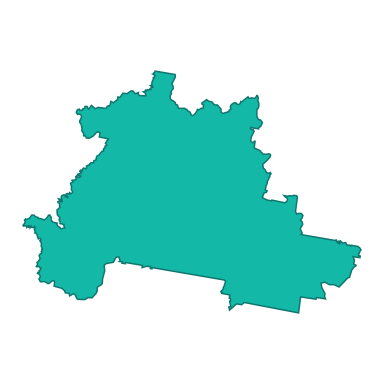 Wollondilly, New South Wales, Australia (Robinson projection)
{"feature_id": "25037944B50548000085953", "entity_name": "Wollondilly", "entity_type": "district", "adm_level": 2, "iso_a3": "AUS", "parent_name": "Australia", "parent_adm1": "New South Wales", "projection": "robinson", "projection_center": [150.422, -34.07], "detail": "fine", "context": "isolated", "style": "filled", "palette": "teal", "viewbox_px": 384, "rotation_deg": 0, "n_neighbors": 0, "source": "geoboundaries", "source_scale": "gbopen_adm2", "svg_char_len": 5863}
<svg xmlns="http://www.w3.org/2000/svg" viewBox="0 0 384 384"><path d="M87.3,106.6L85.0,106.4L84.8,108.2L82.6,109.0L82.4,109.9L81.0,110.5L79.6,110.1L79.4,109.2L77.6,109.6L76.2,112.3L77.5,114.3L79.7,114.2L81.2,115.0L81.5,117.2L79.7,121.1L79.7,122.4L81.1,124.2L82.0,128.5L81.8,130.9L83.5,133.1L83.6,135.8L85.4,136.0L86.5,138.1L89.2,138.2L93.3,136.0L96.6,132.3L98.4,131.9L100.0,132.8L99.3,137.0L108.4,138.9L105.4,143.2L106.9,145.0L105.0,146.2L105.0,147.7L103.5,148.9L103.6,151.0L101.8,151.4L99.1,154.9L97.1,155.9L96.2,157.8L96.3,159.6L93.8,160.8L93.5,162.8L90.9,162.8L89.7,163.9L89.2,165.3L88.2,165.1L86.5,166.0L86.5,168.0L85.9,168.8L83.6,168.0L82.5,169.3L82.1,170.9L81.3,170.0L80.4,170.3L79.8,171.3L81.2,172.1L81.3,172.9L77.9,174.1L77.5,174.9L78.6,175.6L80.5,175.5L80.8,176.6L77.9,177.6L76.6,175.9L75.8,176.6L76.0,179.0L75.3,179.9L72.1,180.3L72.9,181.0L72.8,182.1L71.3,182.6L70.5,183.6L71.5,186.4L71.4,189.8L72.4,191.3L72.4,192.8L71.1,193.7L69.5,192.6L69.1,194.2L67.2,193.5L66.3,193.8L65.7,195.3L67.9,196.9L67.6,197.7L65.2,196.4L64.0,194.7L61.6,195.8L61.2,197.0L62.2,200.8L61.9,202.1L60.8,201.4L60.6,199.2L58.6,198.9L60.1,200.9L57.8,201.7L58.1,202.6L59.6,203.5L59.5,206.0L60.1,207.1L57.0,210.0L57.2,213.9L57.5,215.1L60.0,217.8L59.0,219.7L60.2,222.2L60.0,223.6L64.0,224.4L63.8,225.6L64.7,227.9L60.8,228.8L59.9,227.3L58.1,226.6L56.9,224.6L57.2,223.1L52.9,222.2L51.0,219.8L51.2,217.3L49.7,215.0L48.5,215.2L47.0,217.7L44.3,220.0L41.2,218.7L38.2,218.2L38.0,217.5L35.3,216.6L34.1,215.1L31.7,215.1L29.5,218.2L26.6,219.4L25.6,218.9L24.5,220.1L25.2,221.5L24.7,223.3L23.3,224.8L23.0,225.7L23.9,226.2L24.4,225.6L26.1,225.8L26.8,227.5L27.4,226.8L28.4,227.1L28.0,226.0L28.6,225.5L29.2,225.9L29.1,226.8L29.7,226.6L30.0,227.9L31.1,226.1L31.6,227.3L33.3,227.6L34.2,226.6L34.3,227.2L35.0,227.2L34.6,227.7L35.1,228.5L34.3,229.4L35.2,231.7L34.8,232.9L36.6,233.7L38.3,238.9L40.5,238.4L40.9,240.1L39.9,240.7L41.4,243.2L41.2,246.2L42.4,248.8L41.7,249.1L42.0,250.9L41.3,251.2L41.6,253.6L40.3,253.8L39.1,255.6L40.1,258.6L38.4,261.4L37.0,262.4L37.6,264.5L36.3,266.3L36.8,266.8L38.8,266.4L39.9,267.8L40.9,267.9L40.2,270.0L39.2,270.6L39.4,272.1L38.0,272.3L37.5,273.5L39.3,274.2L40.0,275.4L40.2,277.1L38.9,279.0L40.4,281.8L44.7,281.6L47.8,283.5L49.0,283.5L52.0,280.9L53.8,280.8L54.6,281.8L54.1,286.2L61.7,288.3L64.6,290.7L65.3,292.9L68.8,293.2L69.8,295.9L72.9,293.9L74.1,294.0L75.3,294.9L76.8,298.6L78.0,299.3L84.7,299.6L88.2,297.5L91.9,297.9L96.1,293.4L97.1,291.2L97.3,287.6L97.9,286.7L101.5,284.6L102.3,283.3L102.6,278.7L104.7,271.0L104.2,265.2L106.3,263.5L113.4,262.3L115.9,257.7L117.9,256.6L119.2,257.3L119.2,258.3L119.7,258.7L120.0,261.1L119.4,261.5L122.5,261.9L122.0,263.2L125.4,263.7L125.6,262.5L142.5,265.4L142.1,267.6L146.2,266.4L150.5,266.5L150.2,268.5L152.0,268.8L152.2,267.6L224.2,280.0L225.4,281.0L225.0,283.7L224.4,284.5L224.5,285.7L223.3,287.3L223.4,288.6L220.9,291.5L221.2,292.3L222.4,292.4L221.8,293.5L229.8,294.9L229.3,298.2L230.3,298.4L230.6,301.0L229.6,301.2L230.8,306.6L228.8,307.0L229.5,310.1L236.6,303.9L241.6,304.7L244.3,302.5L298.6,312.9L300.6,296.9L316.0,299.2L316.4,297.5L325.5,298.9L324.5,296.3L325.0,293.8L321.7,287.3L321.1,283.1L325.0,282.2L329.4,284.7L333.8,284.6L339.1,287.0L347.9,277.8L349.5,277.4L351.7,270.2L353.9,267.1L355.9,265.9L356.0,265.2L353.6,264.0L354.5,260.4L353.1,256.6L360.0,257.7L360.2,256.0L358.7,255.7L358.5,255.1L359.6,251.9L361.0,249.9L359.6,247.7L357.7,246.4L351.4,245.3L351.1,246.0L349.2,245.0L347.2,245.2L345.6,242.6L342.8,243.1L340.2,240.8L339.4,241.3L340.0,243.4L339.6,243.9L337.5,242.6L338.8,241.3L336.4,241.3L336.2,240.0L334.9,240.4L301.1,234.6L302.2,233.2L300.2,228.8L302.7,224.4L302.2,221.8L300.3,220.0L301.8,218.6L302.9,215.6L301.4,213.5L299.2,213.3L296.6,214.0L295.5,211.5L297.4,197.1L296.5,195.7L293.4,195.3L292.2,196.0L289.2,195.7L287.4,196.2L284.0,195.6L285.9,197.6L287.2,198.0L287.5,198.9L287.1,201.1L285.1,202.8L271.8,200.1L271.4,200.9L266.7,199.9L262.3,197.6L264.1,192.9L266.3,192.4L267.2,190.9L265.2,189.9L266.0,186.9L265.7,185.8L266.7,184.8L267.3,182.7L266.9,182.4L268.8,178.8L268.8,177.6L269.8,176.8L270.0,174.9L271.0,173.8L270.4,172.5L269.2,173.2L266.7,172.8L264.9,169.5L263.4,168.2L262.7,164.4L266.9,160.6L270.2,156.8L270.6,155.4L270.1,154.2L268.7,153.8L266.2,154.3L263.0,154.0L259.7,150.4L254.6,148.2L254.3,146.9L255.1,141.3L254.3,141.2L253.6,142.4L252.6,142.6L251.2,141.7L250.7,140.5L251.3,136.9L254.1,131.4L253.2,129.6L252.5,130.0L250.5,128.8L250.8,127.5L258.6,128.9L258.6,127.9L260.8,126.3L262.4,122.6L260.6,120.0L258.4,119.5L256.9,116.5L256.9,109.5L258.3,108.0L258.9,105.7L258.7,102.6L257.7,100.3L258.4,98.2L257.5,95.7L256.8,95.5L255.5,97.8L253.7,98.4L251.4,97.8L250.4,98.4L248.7,98.2L248.0,96.8L241.7,101.9L240.8,101.5L240.1,103.7L238.5,104.6L236.8,104.1L236.4,103.1L234.2,102.7L231.9,104.2L230.7,105.6L230.3,107.1L231.0,109.0L229.1,110.4L228.9,111.6L222.8,113.4L221.1,112.4L221.0,109.0L217.3,104.9L214.7,105.0L211.8,101.9L208.6,101.2L206.7,99.6L201.9,103.1L201.9,104.0L203.6,105.0L203.0,108.4L201.3,108.2L199.2,109.7L197.3,109.4L197.1,110.7L194.6,114.4L192.6,115.7L191.4,115.2L190.1,112.2L187.3,110.5L186.9,109.4L185.3,109.1L184.8,108.3L179.6,108.4L178.1,107.8L177.6,105.1L175.8,104.5L175.2,102.4L172.8,100.5L171.5,100.3L170.4,98.7L170.3,95.6L171.5,93.6L170.9,91.7L173.3,88.5L172.9,85.8L171.9,83.8L175.4,76.9L175.1,74.5L155.1,71.1L154.5,72.6L153.7,73.0L153.7,73.8L152.8,74.1L155.1,75.3L154.4,76.1L154.3,77.6L153.2,77.8L153.5,78.8L152.0,81.9L151.8,84.9L150.6,85.5L152.5,86.1L152.9,87.3L151.1,87.1L150.9,89.5L149.7,89.0L148.6,90.2L147.2,89.7L146.5,90.7L145.5,90.1L145.2,91.4L143.4,91.8L145.3,93.0L145.9,95.8L139.9,95.6L138.1,94.3L138.5,92.6L135.2,93.7L133.0,91.0L131.2,90.8L126.9,93.7L122.9,93.2L120.0,97.3L117.8,97.0L117.5,99.7L113.3,102.7L110.8,101.4L110.0,105.5L107.4,106.1L106.1,108.4L98.3,107.4L95.3,108.7L91.4,105.4L88.7,109.2L88.0,108.7L87.3,106.6Z" fill="#14b8a6" stroke="#0f766e" stroke-width="1.5"/></svg>